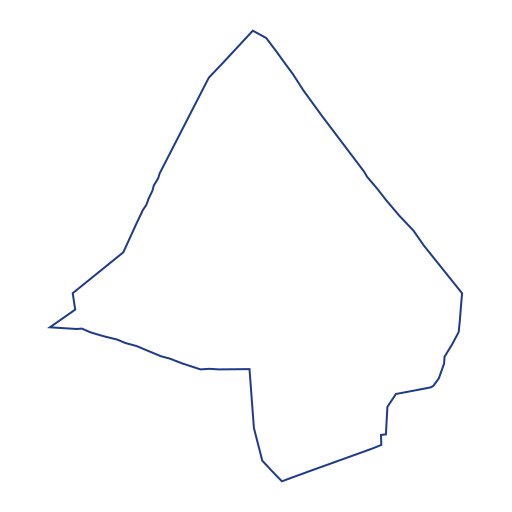 Aleg, Brakna, Mauritania
{"feature_id": "47542326B53604404291210", "entity_name": "Aleg", "entity_type": "district", "adm_level": 2, "iso_a3": "MRT", "parent_name": "Mauritania", "parent_adm1": "Brakna", "projection": "equal_earth", "projection_center": [-13.702, 17.041], "detail": "fine", "context": "isolated", "style": "outline", "palette": "blue", "viewbox_px": 512, "rotation_deg": 0, "n_neighbors": 0, "source": "geoboundaries", "source_scale": "gbopen_adm2", "svg_char_len": 940}
<svg xmlns="http://www.w3.org/2000/svg" viewBox="0 0 512 512"><path d="M462.1,293.3L423.8,245.5L413.5,230.7L399.4,215.8L386.4,200.5L377.3,188.8L367.1,176.8L363.9,171.4L322.0,116.0L303.1,90.0L292.9,74.1L283.8,61.8L277.0,52.3L266.2,38.0L252.8,30.7L222.8,63.0L208.8,77.7L159.7,173.3L158.2,178.2L153.8,185.5L152.4,190.8L151.0,193.7L148.7,198.4L146.3,205.0L142.8,210.1L141.2,213.6L137.3,221.7L123.3,252.3L72.7,293.2L75.2,309.6L49.9,327.3L76.8,329.0L81.9,328.6L89.9,332.1L96.6,334.2L104.3,336.4L117.3,339.6L125.3,343.0L136.8,346.1L144.5,349.4L160.8,356.2L169.8,358.6L182.1,363.4L200.5,369.4L209.2,368.8L218.5,369.4L249.5,369.1L253.9,428.0L262.3,460.7L272.3,471.4L281.9,481.3L291.0,477.9L314.4,469.4L372.7,448.4L381.3,444.9L381.0,434.9L385.9,434.4L387.4,406.9L395.9,394.0L430.6,387.4L433.3,385.9L438.8,378.4L444.1,363.6L444.5,356.8L452.1,344.4L458.7,332.0L460.0,318.8L461.1,304.6L462.1,293.3Z" fill="none" stroke="#1e3a8a" stroke-width="2"/></svg>